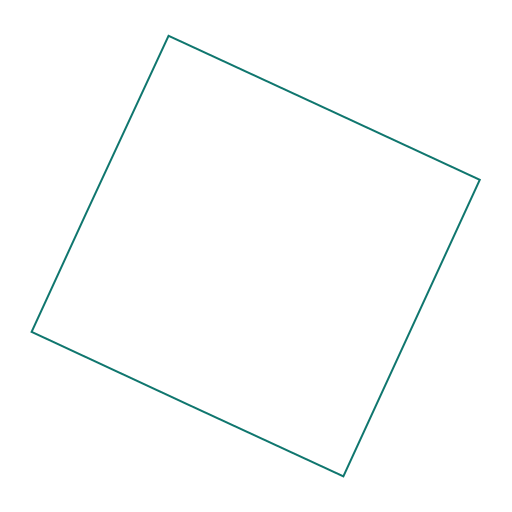 the district of Mahaska, Iowa, United States of America, rotated 25°
{"feature_id": "52423323B68669708686879", "entity_name": "Mahaska", "entity_type": "district", "adm_level": 2, "iso_a3": "USA", "parent_name": "United States of America", "parent_adm1": "Iowa", "projection": "natural_earth1", "projection_center": [-92.705, 41.335], "detail": "fine", "context": "isolated", "style": "outline", "palette": "teal", "viewbox_px": 512, "rotation_deg": 25, "n_neighbors": 0, "source": "geoboundaries", "source_scale": "gbopen_adm2", "svg_char_len": 264}
<svg xmlns="http://www.w3.org/2000/svg" viewBox="0 0 512 512"><g transform="rotate(25 256 256)"><path d="M83.7,93.4L84.0,289.7L84.7,419.6L256.2,419.4L428.3,418.8L426.6,92.4L254.8,92.8L169.5,93.1L83.7,93.4Z" fill="none" stroke="#0f766e" stroke-width="2"/></g></svg>